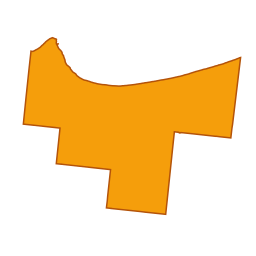 Kingston (SA), South Australia, Australia (Natural Earth projection), rotated 96°
{"feature_id": "25037944B29779306176871", "entity_name": "Kingston (SA)", "entity_type": "district", "adm_level": 2, "iso_a3": "AUS", "parent_name": "Australia", "parent_adm1": "South Australia", "projection": "natural_earth1", "projection_center": [139.822, -36.641], "detail": "fine", "context": "isolated", "style": "filled", "palette": "amber", "viewbox_px": 256, "rotation_deg": 96, "n_neighbors": 0, "source": "geoboundaries", "source_scale": "gbopen_adm2", "svg_char_len": 5122}
<svg xmlns="http://www.w3.org/2000/svg" viewBox="0 0 256 256"><g transform="rotate(96 128 128)"><path d="M46.1,23.4L46.2,23.7L46.3,23.9L46.4,24.1L46.5,24.2L46.5,24.4L46.7,24.6L47.1,25.4L47.2,25.6L47.6,26.3L47.7,26.6L47.9,27.0L48.1,27.3L48.4,27.8L48.5,28.0L49.0,29.0L49.6,30.5L49.8,30.9L50.1,31.4L50.4,31.9L50.5,32.2L50.5,32.4L51.0,33.3L51.1,33.7L51.3,34.2L51.5,34.6L51.7,35.0L51.8,35.2L52.0,35.6L52.3,36.2L52.6,36.6L52.8,37.1L53.0,37.8L53.4,38.5L54.1,39.7L54.4,40.4L54.6,41.0L54.9,41.5L55.0,42.0L55.1,42.3L55.2,42.5L55.7,43.7L55.8,44.4L56.2,45.0L56.4,45.2L56.7,46.0L56.8,46.3L56.9,46.6L57.1,47.3L57.4,47.9L57.5,48.3L57.8,48.8L58.0,49.1L58.3,50.0L58.5,50.3L58.7,50.9L58.9,51.4L59.0,51.8L59.3,52.3L59.4,52.8L59.9,53.8L60.0,54.3L60.2,54.5L60.2,54.8L60.7,55.6L60.8,55.9L60.8,56.0L61.0,56.5L61.2,56.9L61.4,57.9L61.6,58.3L61.7,58.8L62.2,60.0L62.4,60.3L62.6,60.8L62.7,61.2L62.8,61.4L62.9,61.6L63.0,61.8L63.2,62.3L63.3,62.7L63.4,62.8L63.5,63.1L63.7,63.5L63.8,63.9L64.0,64.3L64.1,64.7L64.3,65.2L64.6,66.0L64.8,66.6L65.2,67.3L65.5,68.2L65.9,68.9L66.2,69.7L66.3,70.0L66.5,70.3L66.6,70.6L67.0,71.5L67.2,72.0L67.5,72.5L67.9,73.3L68.6,75.2L68.8,75.9L69.0,76.3L69.2,77.0L69.3,77.3L69.9,78.5L70.3,79.4L70.7,80.5L71.3,82.1L71.5,83.0L71.7,83.5L71.9,84.1L72.3,85.2L72.4,85.7L72.9,87.0L73.1,87.7L73.3,88.1L73.9,90.0L74.0,90.2L74.1,90.5L74.3,91.3L74.4,91.6L74.8,93.0L75.0,93.5L75.9,96.6L76.4,98.2L76.5,98.7L76.8,100.0L77.3,101.6L77.5,102.2L78.2,104.5L78.4,105.1L78.6,105.6L78.7,106.2L78.8,106.6L79.0,107.1L79.2,108.1L79.3,108.6L79.5,109.3L79.6,109.6L79.8,110.1L79.9,110.6L80.1,111.1L80.3,112.0L80.6,113.1L80.8,113.8L81.0,114.5L81.2,115.7L81.3,116.0L81.5,116.5L81.7,117.2L81.9,117.9L82.0,118.6L82.1,118.9L82.2,119.1L82.4,119.5L82.5,120.0L82.7,121.0L82.8,121.3L82.9,121.6L83.1,122.4L83.3,123.2L83.5,124.0L83.6,124.4L83.8,124.9L84.3,127.0L84.7,128.7L85.5,132.5L85.8,133.5L86.2,135.9L86.4,136.5L86.6,138.0L87.0,139.5L87.1,140.4L87.3,141.4L87.3,142.4L87.4,144.9L87.6,147.8L87.6,148.8L87.6,151.3L87.6,151.8L87.5,152.8L87.4,153.6L87.4,155.8L87.5,157.5L87.5,158.2L87.4,159.9L87.3,162.0L87.2,163.3L86.9,164.8L86.8,166.0L86.5,168.0L86.4,168.1L86.3,169.0L86.2,169.5L86.1,170.0L85.8,170.9L85.6,171.7L85.5,172.7L85.2,173.6L85.2,173.9L85.1,174.6L85.0,174.8L85.0,175.4L85.0,175.5L85.0,175.9L84.8,176.8L84.7,177.2L84.6,177.4L84.6,177.6L84.5,177.8L84.1,178.9L83.9,179.2L83.8,179.4L83.7,179.6L83.6,180.2L83.4,180.4L83.2,181.1L82.9,181.6L82.6,182.1L82.5,182.3L82.3,182.6L82.0,183.0L81.8,183.6L81.6,183.8L81.3,184.2L81.2,184.4L81.0,184.5L80.8,184.7L80.7,184.8L80.1,185.3L79.5,185.8L79.4,186.0L79.1,186.8L78.7,187.4L78.5,187.9L78.3,188.3L78.0,188.8L77.9,188.9L77.5,189.3L77.2,189.7L76.9,189.8L76.5,190.2L76.0,190.7L75.9,190.8L75.8,191.1L75.3,191.4L74.8,191.6L74.4,191.7L74.1,192.0L73.9,192.1L73.3,193.0L72.8,193.6L72.7,193.8L72.4,194.4L72.2,194.6L72.1,194.8L71.7,195.4L71.3,195.8L70.7,196.2L70.3,196.4L69.8,196.8L69.5,197.0L68.4,197.5L68.0,197.5L67.6,197.7L67.2,197.8L66.9,197.8L66.5,198.1L65.7,198.4L65.3,198.7L65.0,198.8L64.8,199.0L64.6,199.0L64.2,199.2L64.0,199.3L63.7,199.4L63.5,199.5L63.0,199.7L62.8,199.7L62.5,200.0L62.2,200.3L61.9,200.5L61.7,200.7L61.6,200.8L61.3,201.0L61.0,201.2L60.8,201.3L60.3,201.4L59.7,201.5L59.3,201.8L59.1,202.0L58.9,202.1L58.7,202.3L58.3,202.7L58.1,202.9L57.8,203.2L57.6,203.5L57.2,204.0L56.9,204.4L56.7,204.6L56.6,204.8L56.3,205.1L55.6,205.6L55.4,205.7L55.2,205.9L54.6,206.2L54.2,206.4L52.4,207.5L51.8,206.3L51.7,206.3L52.0,207.3L51.9,207.3L51.7,207.5L51.7,207.9L51.7,208.0L50.6,208.3L49.8,208.2L49.1,208.2L48.5,208.5L48.3,208.5L47.9,208.5L47.7,208.5L47.5,208.4L47.3,208.4L47.2,208.5L47.1,208.8L46.9,209.1L46.9,209.4L46.9,209.8L46.9,210.2L46.7,210.7L46.6,210.9L46.4,211.1L46.3,211.3L46.3,211.5L46.3,212.1L46.2,212.4L46.1,212.6L46.1,212.8L46.5,213.3L46.7,213.7L46.9,214.0L47.0,214.4L47.1,214.5L47.3,214.8L47.4,215.0L47.5,215.2L48.0,215.7L48.3,216.0L48.6,216.3L48.9,216.7L49.0,216.9L49.2,217.1L49.5,217.4L50.2,218.1L50.6,218.5L51.1,219.0L51.4,219.2L51.7,219.3L51.9,219.4L52.1,219.7L52.4,219.9L52.6,220.1L52.8,220.4L53.0,220.5L53.7,220.9L54.2,221.4L54.4,221.7L54.5,221.8L54.8,222.0L55.1,222.4L55.5,222.6L55.9,223.0L56.3,223.3L56.6,223.4L56.9,223.8L57.2,224.1L57.5,224.5L58.0,225.1L58.3,225.4L58.4,225.6L58.6,225.8L59.1,226.4L59.2,226.6L59.4,226.9L59.6,227.3L59.8,227.7L60.1,228.0L60.4,228.3L60.8,229.1L61.1,229.4L61.2,229.6L61.6,230.3L61.8,230.9L61.8,231.4L61.8,231.9L61.7,232.5L80.5,232.6L96.1,232.6L108.5,232.6L135.1,232.5L135.1,224.3L135.2,195.6L171.0,195.6L171.0,191.9L170.9,190.5L171.0,190.5L171.2,141.0L198.2,141.1L202.2,141.0L202.8,141.0L207.7,141.1L208.9,141.1L209.4,141.1L209.7,141.1L209.7,136.5L209.8,136.5L209.8,123.1L209.8,107.0L209.9,101.7L209.9,81.5L197.5,81.5L196.0,81.5L174.6,81.5L171.4,81.5L153.9,81.5L152.6,81.5L152.2,81.5L135.3,81.5L127.0,81.5L127.0,81.4L126.9,81.3L126.9,80.1L127.0,79.9L127.0,79.5L126.9,78.6L127.0,78.3L127.0,78.1L126.9,77.9L126.9,77.5L127.3,76.8L127.2,76.5L127.2,76.3L127.4,76.0L127.5,75.9L127.2,75.6L127.2,75.3L127.3,75.1L127.2,74.8L127.0,74.7L127.0,62.6L127.1,40.0L127.0,39.0L127.1,36.2L127.1,24.7L117.1,24.6L113.6,24.4L46.1,23.4Z" fill="#f59e0b" stroke="#b45309" stroke-width="1.5"/></g></svg>